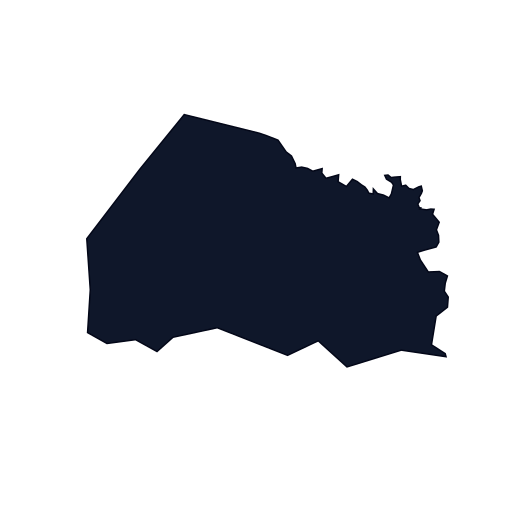 Prodromos, Limassol, Cyprus, rotated 161°
{"feature_id": "46923920B98027274142327", "entity_name": "Prodromos", "entity_type": "district", "adm_level": 2, "iso_a3": "CYP", "parent_name": "Cyprus", "parent_adm1": "Limassol", "projection": "natural_earth1", "projection_center": [32.829, 34.941], "detail": "fine", "context": "isolated", "style": "filled", "palette": "ink", "viewbox_px": 512, "rotation_deg": 161, "n_neighbors": 0, "source": "geoboundaries", "source_scale": "gbopen_adm2", "svg_char_len": 1287}
<svg xmlns="http://www.w3.org/2000/svg" viewBox="0 0 512 512"><g transform="rotate(161 256 256)"><path d="M380.7,197.9L360.9,206.2L316.0,200.8L258.5,151.8L229.1,155.1L224.7,155.5L222.3,151.0L206.1,121.5L149.3,119.7L109.1,98.9L108.9,102.1L119.0,114.9L105.2,140.6L99.3,142.6L91.6,145.3L87.6,154.6L89.4,161.4L85.9,168.7L81.5,174.8L87.6,181.6L98.3,184.8L101.9,198.8L102.2,206.9L100.8,206.9L94.8,206.7L82.7,205.9L78.6,209.6L76.7,216.1L76.9,222.0L71.8,228.3L75.5,238.0L72.4,242.2L75.5,243.5L79.7,244.1L85.7,247.2L84.6,247.8L85.9,248.6L86.1,252.5L82.9,254.9L82.9,258.2L79.2,261.4L77.5,263.5L77.0,268.3L79.6,268.4L85.6,267.6L89.4,270.1L91.4,274.2L95.6,274.6L94.7,281.3L93.7,284.0L99.4,285.5L102.7,286.2L104.8,289.6L108.0,290.3L107.6,286.2L103.8,281.6L102.9,278.4L107.8,270.6L111.2,267.6L115.6,272.1L120.8,275.5L123.2,281.2L125.0,276.5L128.9,278.7L129.3,281.9L130.6,285.8L133.2,289.0L136.1,293.5L139.8,297.2L147.9,292.3L154.2,299.5L151.4,305.9L157.4,306.2L164.5,306.7L166.8,313.0L165.0,317.1L174.7,317.7L178.8,322.1L183.9,325.2L189.5,326.2L188.9,330.6L189.9,339.0L193.6,344.6L197.5,358.4L206.7,366.2L212.7,370.9L277.4,412.8L277.8,413.1L337.4,376.0L408.8,328.5L410.4,327.4L423.7,278.0L440.2,238.4L425.4,221.8L397.1,216.1L380.7,197.9Z" fill="#0f172a" stroke="#020617" stroke-width="1.5"/></g></svg>